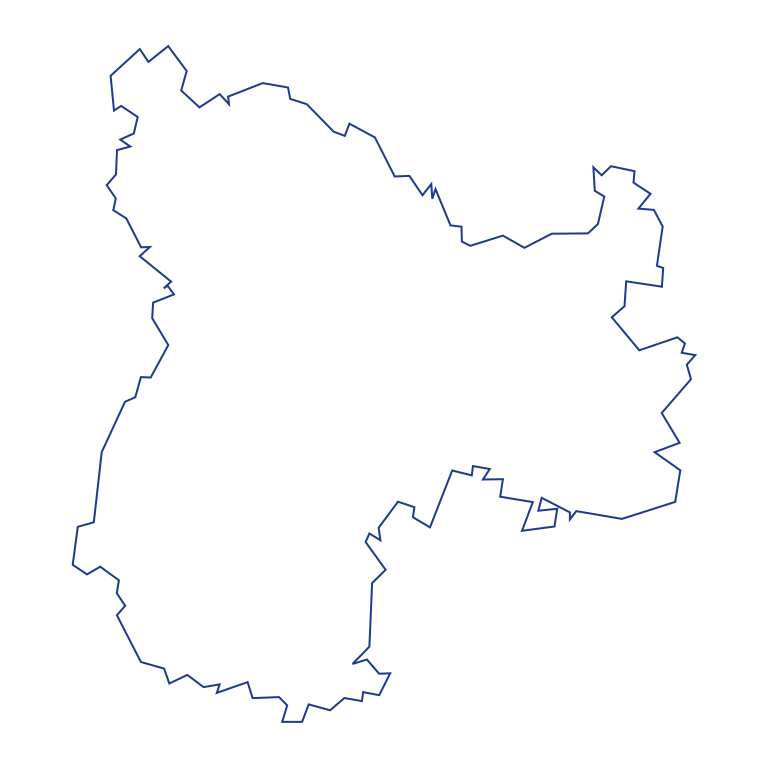 outline of Upper Lachlan, New South Wales, Australia
{"feature_id": "25037944B54834386088268", "entity_name": "Upper Lachlan", "entity_type": "district", "adm_level": 2, "iso_a3": "AUS", "parent_name": "Australia", "parent_adm1": "New South Wales", "projection": "mercator", "projection_center": [149.525, -34.419], "detail": "medium", "context": "isolated", "style": "outline", "palette": "blue", "viewbox_px": 768, "rotation_deg": 0, "n_neighbors": 0, "source": "geoboundaries", "source_scale": "gbopen_adm2", "svg_char_len": 1911}
<svg xmlns="http://www.w3.org/2000/svg" viewBox="0 0 768 768"><path d="M168.2,46.1L148.4,61.9L139.8,49.1L110.6,75.8L114.0,110.6L121.1,105.9L137.7,117.0L133.8,133.5L120.2,139.6L130.3,146.5L117.0,150.1L116.0,174.4L106.7,185.2L115.8,198.4L113.3,210.2L126.3,218.4L141.1,247.3L149.9,247.0L139.7,256.2L171.1,281.6L163.7,288.4L167.6,285.8L174.0,294.4L153.1,302.6L152.2,318.2L168.3,345.1L150.7,377.5L140.9,377.1L135.3,397.2L125.0,401.8L101.7,452.2L93.8,522.3L77.8,526.8L72.7,564.8L87.0,574.4L100.2,566.7L118.9,580.3L116.8,593.3L125.2,605.8L116.9,615.2L140.9,662.0L164.1,668.6L169.3,683.5L187.3,674.9L203.5,687.1L219.6,684.4L216.8,692.9L247.6,682.1L252.6,698.1L279.0,697.1L287.2,705.4L282.2,721.9L302.1,721.9L308.7,704.4L330.1,710.3L344.4,698.0L361.9,701.1L363.2,692.1L379.2,695.2L390.2,673.3L379.1,673.7L366.9,659.5L352.5,664.0L369.4,646.6L372.1,583.1L385.6,569.8L365.6,542.0L369.4,533.5L380.4,540.3L378.6,527.8L398.0,501.7L414.4,507.2L412.9,517.2L430.0,527.4L452.2,470.5L471.8,475.4L472.9,466.1L489.8,469.0L482.9,479.5L502.9,479.2L500.2,496.7L532.8,502.1L522.0,530.8L554.5,526.5L557.2,508.8L538.3,510.7L541.7,497.8L569.9,512.4L569.9,519.5L576.3,511.1L621.9,518.9L675.2,501.9L680.3,470.3L654.6,452.2L679.6,442.8L661.7,413.0L691.0,379.2L686.8,364.7L695.3,355.1L681.7,352.8L684.9,343.5L677.4,337.3L639.3,350.3L611.8,317.3L624.5,306.2L626.2,281.3L661.9,286.7L663.2,268.0L656.9,265.8L662.7,226.5L653.9,209.9L638.4,208.6L650.5,193.8L633.5,182.6L634.5,171.2L611.0,166.2L601.7,175.3L593.4,167.3L594.8,190.9L604.3,196.5L597.9,224.1L587.9,233.4L551.8,233.7L524.4,247.8L502.9,235.6L470.3,245.8L461.9,241.6L461.5,226.7L450.5,225.4L435.5,189.1L432.3,198.7L431.3,184.1L422.5,195.2L409.4,175.9L394.7,176.5L374.9,137.4L349.4,123.7L344.8,135.9L333.7,131.7L306.8,104.2L290.2,98.9L288.0,87.5L262.7,83.1L228.1,96.6L229.0,104.2L219.7,94.1L199.5,107.4L181.2,90.5L186.7,71.0L168.2,46.1Z" fill="none" stroke="#1e3a8a" stroke-width="2"/></svg>